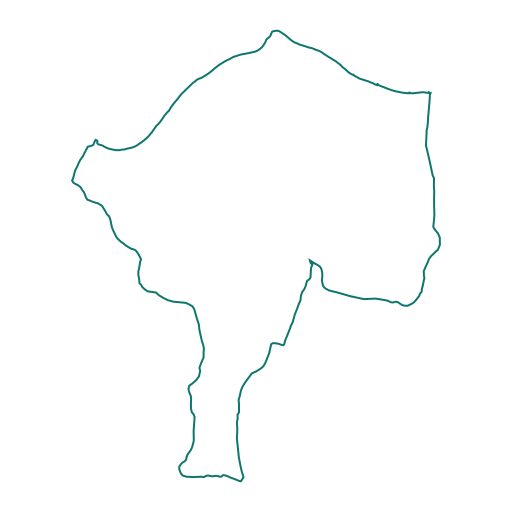 outline of Dom Aleixo, Dili, East Timor
{"feature_id": "22284137B34351426942246", "entity_name": "Dom Aleixo", "entity_type": "district", "adm_level": 2, "iso_a3": "TLS", "parent_name": "East Timor", "parent_adm1": "Dili", "projection": "natural_earth1", "projection_center": [125.529, -8.576], "detail": "fine", "context": "isolated", "style": "outline", "palette": "teal", "viewbox_px": 512, "rotation_deg": 0, "n_neighbors": 0, "source": "geoboundaries", "source_scale": "gbopen_adm2", "svg_char_len": 5936}
<svg xmlns="http://www.w3.org/2000/svg" viewBox="0 0 512 512"><path d="M240.8,481.3L241.9,479.8L243.5,477.2L241.5,470.5L240.6,466.5L238.9,457.7L236.9,438.5L237.3,429.7L236.9,422.2L237.6,418.9L237.6,414.6L239.0,412.3L239.0,403.8L238.6,400.2L239.9,395.5L241.0,390.3L242.5,386.7L245.1,382.5L248.3,378.1L251.8,373.4L255.8,371.6L258.5,370.0L261.0,368.4L263.3,366.3L265.2,363.2L267.0,358.8L269.2,353.1L271.2,344.2L272.7,343.2L274.7,343.2L278.3,343.7L281.9,345.0L283.5,345.2L284.3,343.9L285.2,340.3L287.0,336.1L290.4,327.5L290.7,326.1L292.7,322.1L294.8,314.5L297.3,308.2L298.9,303.7L300.5,300.3L300.9,295.8L302.2,292.1L304.3,289.1L305.7,286.0L306.3,283.3L307.2,280.8L309.5,279.1L310.5,277.5L311.0,268.2L311.3,267.3L312.2,265.1L312.4,264.3L311.0,263.5L310.4,262.2L309.9,260.3L314.7,263.5L317.7,265.0L319.7,266.5L320.7,267.7L321.6,269.7L322.1,272.3L322.4,274.9L322.3,276.4L321.9,280.6L322.5,283.6L323.2,286.2L324.6,287.7L325.9,288.8L329.2,290.5L337.1,292.4L349.9,296.1L363.8,299.1L375.6,298.6L384.4,300.0L388.1,300.8L390.6,302.2L393.0,302.5L395.8,301.7L397.9,302.2L401.9,304.9L404.3,305.7L406.5,305.7L407.7,305.8L412.8,303.2L414.7,301.6L419.3,295.9L419.8,293.9L420.7,292.8L421.7,291.6L421.8,289.1L422.9,285.3L423.5,282.0L424.4,278.0L423.9,275.4L423.9,273.6L423.7,271.3L426.3,265.3L428.1,261.5L429.0,258.9L431.0,256.2L433.6,253.7L435.9,251.4L437.8,250.0L439.9,244.8L439.8,241.0L439.8,237.6L438.1,233.6L435.6,230.5L433.9,228.2L433.3,226.8L434.4,215.4L434.3,212.2L434.1,204.9L434.1,198.6L434.2,190.7L433.9,186.1L434.0,178.2L432.7,175.5L429.1,158.7L426.0,145.5L426.0,143.7L426.2,141.2L426.2,140.5L426.6,132.7L426.6,130.2L427.1,128.6L427.5,125.9L427.9,121.7L428.2,116.3L428.5,113.1L429.4,102.8L429.7,98.7L429.9,94.7L430.6,93.0L429.1,92.6L428.8,92.2L428.1,92.6L428.2,92.9L426.6,92.7L423.9,92.3L422.6,92.2L420.8,92.4L418.4,92.7L412.5,93.3L409.7,93.1L409.6,92.7L409.2,92.7L409.1,93.2L406.9,93.2L402.2,92.6L398.1,91.8L394.9,91.1L392.7,90.5L390.0,89.6L388.2,88.9L386.0,88.1L384.1,87.3L379.3,85.5L378.1,84.9L378.0,84.4L377.6,84.0L377.3,84.1L377.0,85.1L374.5,84.2L372.6,83.0L370.2,82.3L368.5,81.4L367.8,81.2L366.3,80.8L363.8,79.9L362.4,79.5L361.2,79.1L360.5,78.9L359.4,78.5L359.0,78.3L358.8,78.2L358.3,77.8L354.1,75.6L353.7,75.3L353.4,74.8L353.4,74.7L353.1,74.7L352.9,74.8L352.7,74.7L350.8,73.8L349.0,72.6L348.7,72.5L347.9,71.7L347.7,71.5L347.4,71.2L346.7,70.6L346.3,70.3L345.5,69.4L343.8,68.1L343.2,67.7L342.5,67.0L342.2,66.8L341.1,65.5L340.2,64.7L338.6,63.4L338.4,63.3L338.1,63.1L337.1,62.3L335.5,61.1L334.2,60.3L332.8,59.6L332.2,59.0L331.5,58.6L329.2,57.3L327.8,56.4L327.4,56.2L325.6,54.9L324.3,54.2L323.8,53.9L322.7,52.9L320.8,51.8L319.4,51.0L318.3,50.6L317.2,50.3L316.7,50.0L315.9,49.9L314.8,49.4L314.7,49.2L314.4,49.1L314.2,49.0L313.2,48.7L312.1,48.2L308.4,47.4L306.7,46.8L303.8,45.8L300.7,44.9L298.6,44.2L297.5,43.5L295.7,42.9L294.1,42.2L292.4,41.1L290.1,39.3L285.7,35.5L279.4,31.3L278.0,30.8L276.4,30.7L275.0,30.9L273.7,31.2L272.6,31.5L272.0,31.9L270.7,35.1L270.2,36.1L269.3,37.1L267.7,38.4L266.7,39.2L266.2,40.0L265.3,42.2L263.5,45.2L262.0,47.2L260.3,48.7L258.6,49.9L257.0,50.8L255.0,51.7L249.1,53.0L241.0,54.5L239.0,55.1L236.2,56.1L234.6,56.5L232.9,57.2L230.3,58.7L225.3,61.1L219.0,65.0L214.8,68.3L212.4,70.4L209.8,72.5L207.1,74.4L204.2,76.2L201.5,77.8L199.2,78.6L197.1,79.6L194.8,81.6L192.9,82.9L188.2,87.5L186.3,89.2L184.1,91.5L181.8,93.6L179.7,96.2L177.6,99.0L175.4,101.5L173.3,104.1L170.9,107.4L169.5,109.8L169.2,110.5L168.3,111.4L167.5,112.0L166.9,112.7L166.7,112.9L164.1,116.1L162.4,118.7L161.0,120.8L160.0,122.0L159.7,122.5L158.7,123.6L157.7,124.6L157.1,125.1L156.2,126.0L155.7,126.9L154.9,127.9L152.7,131.1L151.8,132.4L151.7,132.6L151.1,133.1L150.9,133.4L149.0,135.7L147.0,137.8L146.0,138.6L144.4,140.1L143.0,141.1L141.9,142.0L141.1,142.6L140.0,143.2L137.3,145.2L136.1,145.8L135.6,146.2L135.0,146.5L133.2,147.1L132.7,147.4L131.2,147.8L130.7,147.9L127.7,148.5L126.3,148.9L125.0,149.3L124.2,149.5L123.4,149.6L122.1,149.6L120.5,149.9L119.8,150.1L119.0,150.2L117.9,150.2L117.6,150.1L115.4,150.1L111.9,149.4L111.2,149.2L110.6,149.1L110.0,149.0L108.2,148.5L105.1,147.1L104.0,146.5L103.2,145.9L102.4,145.5L101.4,145.2L99.9,144.8L99.1,144.6L98.1,144.2L97.7,143.8L97.4,143.4L97.2,143.0L97.4,142.0L97.4,141.1L97.2,140.8L96.8,140.7L96.4,140.2L96.1,140.1L95.6,139.9L94.5,141.9L93.3,144.9L91.6,145.7L87.6,146.8L87.3,147.7L84.6,152.7L83.2,155.8L81.7,157.9L80.2,160.0L78.6,163.2L77.2,166.6L75.9,169.0L74.9,171.3L73.4,177.3L72.1,180.7L73.5,182.8L75.3,183.9L78.0,185.2L80.6,187.2L82.2,189.9L84.1,192.5L86.2,197.9L87.4,199.7L89.6,200.5L93.3,202.0L98.0,203.4L102.0,205.8L105.2,211.0L106.8,214.1L109.2,216.5L110.1,218.8L110.9,222.1L111.7,226.5L112.9,229.9L114.5,233.1L116.1,236.6L117.9,238.9L120.8,241.7L123.0,243.1L125.7,245.4L128.9,247.4L131.1,248.7L134.6,249.7L136.1,250.9L138.2,253.8L139.9,256.9L141.0,259.3L140.0,262.4L139.8,264.2L139.1,268.3L138.4,271.2L138.3,274.8L139.2,279.0L139.4,283.1L141.2,284.9L142.3,287.0L144.6,289.2L147.5,291.3L150.9,291.8L156.0,292.5L159.0,295.3L163.3,297.9L168.0,300.2L173.3,301.7L176.9,302.0L185.9,302.9L189.7,304.7L192.4,306.3L194.2,309.0L195.1,312.2L196.3,316.6L197.4,320.2L198.9,324.6L199.4,330.0L201.9,341.1L202.6,343.0L203.9,348.1L203.6,352.5L203.6,357.4L201.3,362.7L199.4,367.9L200.2,370.8L198.9,376.5L196.2,380.1L193.0,383.0L189.3,385.7L188.5,388.7L188.9,391.1L190.9,396.3L191.1,399.4L190.9,404.1L191.0,408.7L191.9,412.4L193.5,414.1L194.6,417.0L193.6,431.5L193.8,439.0L193.7,441.3L192.1,447.2L191.0,449.7L188.3,453.5L187.1,455.5L186.5,457.4L186.2,459.6L184.8,461.2L182.2,462.8L180.6,464.6L179.2,466.8L179.3,469.4L180.4,472.3L181.3,474.1L182.7,475.5L186.4,476.7L190.1,476.9L193.2,477.1L196.3,476.9L199.1,476.9L201.0,476.6L202.7,477.1L204.4,476.9L205.9,475.9L207.9,475.5L209.6,475.8L212.8,476.4L213.9,476.1L215.7,475.8L217.2,475.9L219.5,476.6L220.9,476.8L221.9,476.1L222.7,475.3L223.7,475.2L225.6,475.5L227.5,476.2L230.9,477.8L234.3,478.9L238.6,480.7L240.8,481.3Z" fill="none" stroke="#0f766e" stroke-width="2"/></svg>